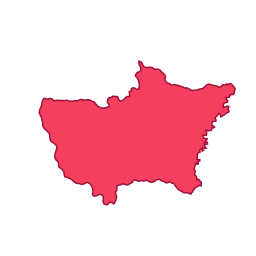 outline of Irituia, Pará, Brazil, rotated 112°
{"feature_id": "56859067B38485499919925", "entity_name": "Irituia", "entity_type": "district", "adm_level": 2, "iso_a3": "BRA", "parent_name": "Brazil", "parent_adm1": "Pará", "projection": "orthographic", "projection_center": [-47.41, -1.836], "detail": "fine", "context": "isolated", "style": "filled", "palette": "rose", "viewbox_px": 256, "rotation_deg": 112, "n_neighbors": 0, "source": "geoboundaries", "source_scale": "gbopen_adm2", "svg_char_len": 5483}
<svg xmlns="http://www.w3.org/2000/svg" viewBox="0 0 256 256"><g transform="rotate(112 128 128)"><path d="M165.7,44.9L164.1,45.1L163.4,44.2L162.2,44.2L160.9,44.2L160.0,43.6L158.9,43.4L157.8,43.1L156.8,42.1L155.6,41.2L154.5,40.4L154.5,38.7L153.2,38.6L152.0,39.4L150.5,40.1L150.2,41.6L149.3,42.7L149.3,44.0L150.5,44.5L148.9,45.6L147.7,46.1L146.8,47.3L146.5,48.6L145.4,49.4L144.1,49.2L142.6,49.4L141.8,51.4L139.4,51.4L137.6,51.7L136.3,51.9L134.8,52.0L134.9,51.0L135.7,50.3L135.0,49.4L133.4,50.2L132.2,50.2L131.5,49.1L130.4,49.6L131.2,51.3L130.8,52.8L129.6,52.6L128.3,53.4L126.7,53.8L124.7,53.5L123.1,52.0L122.4,52.8L121.5,53.5L120.5,52.6L120.1,51.3L118.5,51.3L118.1,49.4L117.2,48.1L116.7,49.4L115.8,50.1L114.5,51.3L114.1,50.1L113.1,48.3L111.6,49.1L111.7,50.3L112.4,51.6L110.8,51.1L109.4,50.5L108.2,50.7L108.7,52.1L109.1,53.5L108.3,54.4L107.8,55.4L106.7,56.1L106.2,55.1L106.0,53.7L105.2,52.6L103.7,52.8L102.9,53.5L101.8,54.4L100.7,55.2L100.6,54.1L100.9,53.0L99.9,51.7L99.3,50.2L98.3,49.8L96.4,50.3L95.8,48.7L94.8,48.1L94.1,49.4L94.2,51.3L92.8,51.7L91.3,52.1L89.8,51.5L89.2,50.3L88.8,49.2L87.6,49.3L86.4,51.0L84.6,50.5L83.2,49.9L81.8,49.6L80.1,49.0L80.4,47.9L81.6,47.1L82.9,46.2L81.9,45.1L80.9,44.6L79.9,43.8L79.0,43.2L77.7,42.7L76.4,41.6L75.7,40.6L74.5,40.6L73.3,42.2L71.3,42.3L70.2,42.7L70.4,43.8L71.7,45.4L73.3,47.2L71.4,48.2L69.8,48.4L68.7,47.9L66.8,45.4L65.7,45.6L64.6,47.4L63.1,48.7L62.5,46.9L61.5,45.6L59.8,45.6L58.4,45.0L57.4,42.8L56.0,42.5L54.5,42.9L53.1,43.1L51.2,43.5L50.3,44.9L48.5,48.6L48.6,50.1L50.2,51.4L50.0,52.9L51.5,53.3L52.0,54.8L52.2,56.2L53.5,56.7L55.9,58.2L56.1,59.6L55.8,61.2L56.0,62.5L56.7,65.5L56.7,67.7L57.1,69.6L58.4,71.0L60.3,72.0L61.6,72.4L63.5,73.8L65.6,76.8L66.9,78.1L68.3,80.9L69.5,83.8L68.9,85.0L68.9,86.3L68.7,88.2L69.6,89.9L69.6,91.0L69.4,92.0L69.5,93.4L69.5,94.7L69.7,96.5L69.7,97.6L70.1,99.5L70.4,101.2L71.4,102.6L71.9,103.7L71.2,106.1L71.5,107.2L71.7,108.3L71.2,109.2L70.8,110.3L69.6,111.9L66.4,112.4L65.2,113.5L64.5,115.0L63.7,116.7L63.2,118.4L62.3,120.0L62.4,121.6L62.3,122.8L63.0,123.9L63.4,125.4L62.9,128.1L63.3,130.2L64.7,132.8L65.1,133.9L65.3,135.8L64.2,137.8L62.9,139.0L61.9,140.4L61.9,142.9L63.7,142.2L64.9,141.6L65.6,140.7L66.4,139.9L67.4,138.6L68.6,138.1L70.1,138.0L71.2,138.1L72.1,138.9L72.7,140.1L73.9,140.4L75.6,140.9L77.2,140.4L77.6,138.7L78.4,137.8L79.4,136.7L80.6,135.6L81.7,135.0L82.9,134.1L83.8,133.6L84.9,133.3L86.4,132.9L88.1,132.8L88.5,133.9L89.0,134.9L88.6,135.9L88.5,137.2L89.0,138.7L90.5,139.7L91.4,139.0L92.5,138.3L92.9,139.5L93.9,140.5L95.5,139.6L97.4,138.3L98.7,139.4L99.1,140.5L99.9,141.2L101.1,141.9L102.2,141.8L103.2,142.6L104.2,143.3L105.2,143.9L105.9,145.2L105.1,147.4L103.7,148.3L102.8,149.7L103.5,151.0L103.9,153.4L104.5,154.3L105.6,154.8L106.4,155.6L106.8,156.7L108.1,157.3L109.2,157.4L111.7,156.9L112.4,155.9L112.8,154.8L113.8,154.0L115.2,153.9L116.1,154.5L116.9,155.2L118.0,156.9L118.7,158.0L119.1,159.2L119.2,160.8L119.3,162.5L119.3,164.1L118.5,165.2L118.0,166.7L117.2,167.9L116.5,168.8L116.7,170.7L116.4,172.6L116.4,173.8L116.7,175.5L117.2,176.5L117.8,177.6L118.6,178.7L118.6,179.9L118.9,181.4L119.5,183.1L120.6,183.9L121.6,185.1L122.3,186.5L122.6,187.7L123.7,189.1L124.8,191.3L125.1,192.5L125.1,194.2L125.4,195.5L126.1,196.7L126.8,197.7L127.0,198.9L127.7,200.2L127.7,201.5L128.8,202.6L128.7,203.9L129.4,205.3L130.1,206.2L130.4,207.3L129.7,208.7L129.6,210.0L129.7,211.2L130.4,212.1L131.5,213.3L131.7,214.9L131.6,216.7L133.3,217.4L136.6,217.3L138.3,216.8L139.9,216.6L142.0,216.5L143.7,216.7L145.6,216.4L147.2,216.0L148.2,214.8L149.5,213.6L150.6,212.1L151.9,211.4L153.3,210.4L154.6,209.4L155.9,208.7L157.1,208.3L158.6,207.2L159.4,206.1L160.4,203.9L160.8,202.5L162.8,198.6L164.5,197.8L168.2,195.7L169.1,194.5L169.5,193.3L169.7,191.8L170.2,190.2L171.2,187.4L172.4,186.8L173.7,186.4L177.7,186.1L179.1,185.9L181.4,185.4L182.7,184.8L183.7,183.8L184.5,182.8L185.1,181.5L185.6,180.2L186.5,179.3L187.6,178.7L189.0,178.2L189.9,177.5L190.3,176.4L190.7,175.0L190.9,174.0L191.7,172.2L192.9,171.1L193.8,170.3L195.9,169.1L196.8,168.5L196.8,167.2L196.5,165.0L196.7,163.7L196.6,162.5L197.1,160.2L197.6,159.0L198.1,157.6L198.4,156.5L198.6,155.4L198.4,154.2L197.9,153.1L197.7,150.4L196.7,148.2L195.0,146.7L193.9,145.9L193.6,144.8L193.8,143.6L194.1,142.2L194.5,141.3L196.2,139.2L197.1,138.2L198.2,137.5L199.4,136.9L200.5,136.4L201.7,136.4L202.9,136.1L203.8,135.0L203.8,133.8L203.3,132.8L202.7,131.9L201.6,130.8L200.7,130.2L200.1,129.1L199.9,127.9L200.0,126.7L200.6,125.6L201.8,124.8L203.6,124.2L205.4,123.6L206.5,122.8L207.3,121.9L207.5,120.7L207.4,119.6L206.7,118.5L205.8,117.9L204.5,117.4L203.4,116.6L203.2,115.5L203.4,114.1L203.7,112.8L202.7,112.4L200.2,112.2L197.5,112.4L196.3,112.7L195.2,113.3L194.3,114.2L193.3,115.1L191.9,115.5L190.3,115.1L187.8,115.8L186.6,116.5L185.2,116.3L184.6,115.3L183.2,113.3L182.2,112.7L181.7,111.7L181.4,110.4L181.4,109.1L181.2,107.8L180.6,106.7L177.6,104.3L176.7,103.7L175.1,103.3L173.6,102.6L173.4,101.4L173.5,99.7L173.3,97.9L172.5,97.0L171.9,95.9L171.3,94.9L171.2,93.4L170.3,92.3L169.6,91.2L169.5,89.8L169.6,88.5L169.9,87.2L169.7,86.1L169.1,85.1L167.5,83.3L166.6,82.8L165.5,82.3L164.6,81.3L164.1,80.1L163.9,78.8L164.4,77.8L164.3,76.4L164.1,75.3L164.3,74.1L164.5,73.0L164.5,71.9L164.0,70.8L162.0,69.1L162.4,67.9L162.8,66.5L162.2,65.6L162.4,64.4L163.2,63.6L163.9,62.6L165.1,60.3L165.6,59.3L166.2,58.0L166.6,55.1L166.9,53.5L167.0,52.0L166.7,50.9L165.8,48.8L165.7,47.7L165.8,46.6L165.7,44.9ZM120.1,51.3L121.5,50.5L120.3,49.7L120.1,51.3Z" fill="#f43f5e" stroke="#9f1239" stroke-width="1.5"/></g></svg>